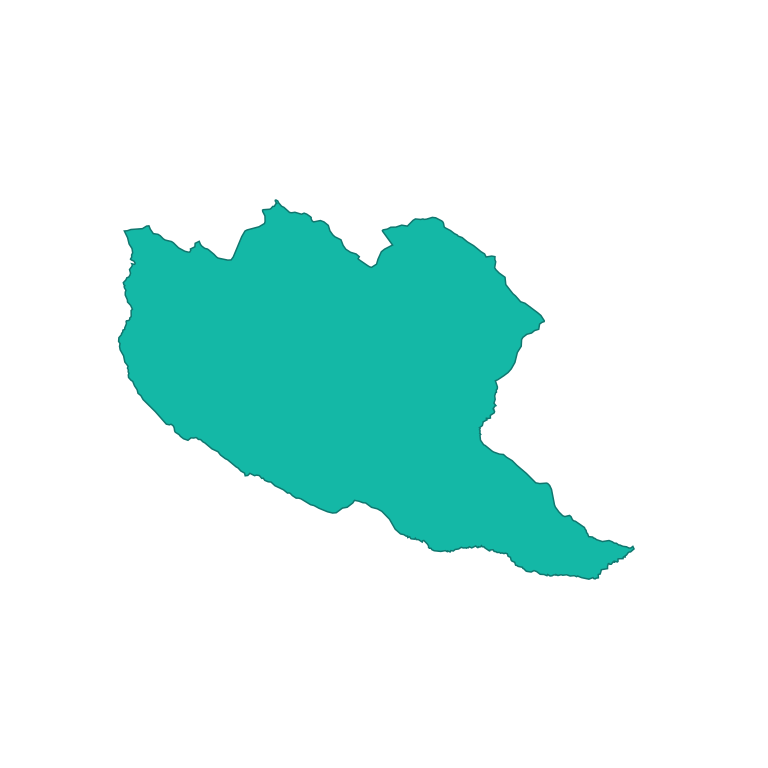 Tuek Phos, Kâmpóng Chhnang, Cambodia, rotated 309°
{"feature_id": "14789045B78465140350357", "entity_name": "Tuek Phos", "entity_type": "district", "adm_level": 2, "iso_a3": "KHM", "parent_name": "Cambodia", "parent_adm1": "Kâmpóng Chhnang", "projection": "equal_earth", "projection_center": [104.364, 12.056], "detail": "fine", "context": "isolated", "style": "filled", "palette": "teal", "viewbox_px": 768, "rotation_deg": 309, "n_neighbors": 0, "source": "geoboundaries", "source_scale": "gbopen_adm2", "svg_char_len": 6164}
<svg xmlns="http://www.w3.org/2000/svg" viewBox="0 0 768 768"><g transform="rotate(309 384 384)"><path d="M339.5,85.9L336.3,92.7L332.4,97.8L330.7,102.9L327.7,106.2L325.5,106.6L323.8,108.1L321.5,108.4L321.4,109.5L322.1,112.3L321.4,114.4L320.6,114.9L319.8,114.6L318.7,112.3L318.2,113.5L316.5,114.1L312.8,114.2L310.6,117.3L308.6,118.1L306.3,118.3L304.8,117.3L302.4,117.9L298.7,117.6L297.4,119.5L297.3,120.7L296.1,120.8L295.4,121.8L294.4,124.5L292.6,125.1L290.3,126.9L287.9,131.6L286.3,133.1L285.7,137.5L283.8,141.4L282.0,141.2L277.3,145.1L275.2,144.9L274.3,145.7L272.8,145.7L271.0,144.1L270.4,144.2L268.7,145.9L264.4,147.2L263.2,148.1L261.6,147.2L259.8,148.3L258.2,148.2L257.1,148.9L253.2,148.8L250.1,150.9L249.3,153.4L246.8,154.8L244.5,157.5L242.0,163.9L238.0,168.7L236.7,174.0L234.9,174.6L234.2,176.3L232.4,177.6L231.8,179.0L230.1,179.6L228.3,181.4L227.7,184.9L227.9,187.1L225.6,191.2L224.2,195.7L221.9,198.8L222.0,202.3L220.3,206.6L218.6,223.7L215.8,240.1L217.2,242.9L218.7,243.8L218.9,246.3L218.0,248.4L215.8,250.8L215.2,252.1L215.7,256.8L215.2,258.7L215.3,262.7L216.9,267.1L220.7,267.9L222.3,270.2L223.6,271.1L224.3,272.1L224.1,274.6L225.4,276.4L225.1,279.6L225.5,281.9L225.3,291.1L226.9,297.6L225.9,301.6L226.1,307.8L226.7,309.9L226.5,321.2L226.9,323.3L226.3,327.5L227.0,331.7L225.3,333.9L227.2,335.7L230.2,336.0L231.3,341.1L233.0,342.3L234.4,344.8L233.7,348.4L234.8,349.4L234.1,352.0L235.1,355.5L236.7,357.9L236.3,363.3L238.5,372.4L238.5,377.6L239.8,379.0L240.0,380.2L239.6,383.0L240.0,387.5L241.6,389.5L242.5,391.7L244.0,402.9L245.5,406.1L246.5,411.6L249.1,420.4L251.4,425.3L253.9,427.9L261.4,429.8L265.1,433.0L271.9,434.6L275.0,434.3L277.1,438.2L278.5,442.4L280.0,444.5L280.3,451.9L282.8,457.4L283.7,462.4L282.4,473.3L278.2,484.1L277.9,491.2L279.4,494.2L279.7,497.0L280.6,498.0L279.6,499.1L281.4,500.1L280.7,502.1L281.0,502.9L282.7,505.5L283.8,505.4L283.4,507.0L284.8,508.8L285.2,513.2L286.7,512.8L287.5,513.5L286.9,518.5L286.2,520.5L285.1,521.4L284.9,522.6L285.9,523.9L285.4,525.5L286.0,527.9L289.6,533.5L293.1,536.5L293.5,538.6L294.2,538.4L295.1,541.1L296.6,540.8L297.9,543.0L300.1,543.4L302.8,545.8L305.7,546.8L306.4,548.7L308.1,550.6L308.2,551.3L309.2,551.7L309.7,552.6L311.2,552.7L311.8,555.3L315.8,557.2L315.7,559.6L316.2,560.1L317.0,559.8L317.6,561.1L318.4,561.5L319.7,561.5L319.3,562.8L320.4,564.2L320.1,565.1L320.6,570.8L320.8,571.2L321.7,570.9L323.8,573.0L323.2,574.9L324.3,577.0L324.2,577.9L325.7,579.6L325.9,581.2L327.0,582.0L327.7,584.0L328.8,584.6L329.7,586.6L328.2,588.9L328.9,591.3L327.2,593.5L326.9,594.8L327.7,597.8L326.0,600.3L326.7,601.8L326.6,602.9L328.7,607.0L328.1,607.9L328.4,609.4L328.0,611.7L328.3,613.0L330.5,616.7L333.4,618.0L334.3,620.7L334.4,625.1L336.7,628.3L337.6,631.3L339.0,631.1L339.3,633.9L340.7,635.3L342.6,636.1L343.7,637.9L344.2,637.6L344.6,639.7L347.2,641.6L347.9,643.3L350.7,646.0L351.9,649.5L354.8,652.5L355.5,655.0L356.6,655.3L357.8,659.3L361.3,666.1L365.0,668.2L364.8,669.6L365.5,670.8L366.5,671.0L368.3,672.6L370.8,670.4L372.4,671.6L376.5,669.8L381.2,673.9L383.2,672.3L385.6,671.4L386.1,671.8L386.0,673.0L387.1,674.1L389.7,674.0L390.5,675.2L391.2,674.5L392.6,677.4L393.4,677.5L395.2,676.0L395.7,676.2L398.7,679.7L399.8,679.0L400.5,679.1L401.2,680.3L402.4,679.5L403.7,680.1L406.3,679.9L407.8,680.3L408.7,681.3L413.2,682.1L414.4,679.6L411.9,679.0L410.7,677.7L410.1,674.9L408.2,671.8L407.3,668.6L406.6,667.8L406.5,664.9L405.3,663.2L405.0,660.6L404.0,657.4L399.0,652.9L396.8,647.2L396.7,644.7L396.1,643.9L396.4,642.5L394.2,639.1L395.8,636.4L396.0,635.0L397.5,633.1L397.7,631.8L398.6,630.1L397.8,619.2L397.1,617.6L397.1,615.9L398.6,612.8L398.6,610.9L394.8,608.0L394.1,605.8L394.6,600.6L396.2,594.6L397.4,592.5L407.5,580.5L409.4,576.6L409.7,573.8L409.2,572.6L404.6,567.7L402.7,564.1L404.1,551.0L404.4,538.5L405.1,531.9L404.2,525.3L404.4,521.2L402.2,517.9L400.1,511.9L399.9,510.1L399.9,501.4L399.5,499.6L401.1,494.3L404.6,490.8L405.7,490.9L405.9,489.5L406.3,489.6L407.1,488.5L408.0,488.3L408.5,487.0L409.8,486.8L410.0,485.7L413.6,486.6L417.0,484.9L421.0,486.6L421.2,485.5L421.8,485.1L423.0,486.9L424.5,488.1L426.5,486.4L431.0,487.8L432.4,487.1L432.9,485.2L433.5,485.3L433.7,484.3L436.7,484.1L437.6,484.6L438.3,481.5L442.0,480.1L444.4,477.5L447.6,476.2L448.3,476.6L450.1,475.0L451.5,475.1L453.1,474.0L456.6,468.5L458.8,469.7L465.8,471.9L471.0,473.2L475.8,473.4L483.1,472.2L492.4,467.8L499.7,466.9L505.1,463.0L507.6,462.6L512.5,463.7L516.5,466.6L520.3,467.4L523.9,469.8L528.5,467.2L531.4,468.0L533.3,469.2L534.0,468.8L536.0,462.8L536.1,458.9L535.5,442.8L533.9,438.4L535.2,430.8L535.3,427.3L537.9,416.1L543.1,410.9L542.7,403.7L543.2,399.2L544.0,396.8L549.3,393.9L550.5,391.8L552.8,390.1L551.2,387.2L547.0,383.4L548.4,380.3L547.9,376.2L547.9,366.6L546.9,359.4L547.0,352.6L545.6,348.6L545.9,347.1L545.2,344.1L545.1,339.2L543.9,333.3L543.9,332.0L546.4,329.0L547.1,327.3L547.0,325.9L545.7,319.6L543.9,316.7L538.7,313.2L537.1,311.5L536.8,310.4L535.0,309.0L532.0,304.5L529.5,303.6L521.4,302.8L518.6,297.8L513.4,294.5L510.1,290.6L506.5,289.1L503.2,286.3L502.2,286.2L501.8,286.8L497.4,303.2L489.2,299.6L485.1,298.7L477.2,300.8L472.4,302.8L466.8,300.9L466.0,299.1L465.7,296.8L464.9,286.5L465.0,285.0L467.4,284.7L467.5,280.5L465.3,275.1L464.7,269.5L466.0,265.0L469.0,259.8L467.5,253.2L467.7,250.3L469.0,245.6L472.2,240.9L472.2,235.3L471.0,231.7L465.7,227.3L465.5,225.8L465.9,224.6L466.8,223.1L467.6,222.6L467.7,221.7L467.4,217.1L466.5,214.4L464.0,213.0L461.4,206.7L459.0,204.5L457.9,202.7L458.3,195.1L457.7,192.5L458.5,188.2L459.4,186.2L459.0,184.2L458.3,183.9L457.5,184.8L456.8,187.0L455.9,186.5L453.1,187.0L452.0,185.8L449.1,185.7L447.9,185.2L443.4,180.4L442.7,180.2L441.7,181.2L439.7,185.7L435.5,189.3L433.5,190.1L427.5,187.9L417.5,180.6L415.4,179.7L409.0,180.7L387.9,186.9L384.2,187.1L382.0,184.7L377.5,175.9L377.3,174.0L377.8,170.2L377.9,163.4L377.8,161.9L376.6,159.3L376.5,155.6L377.0,153.5L378.6,150.6L374.5,148.7L371.6,150.7L367.1,148.6L366.3,149.7L364.2,150.0L363.3,148.9L361.8,145.6L360.5,138.6L361.2,131.6L361.0,129.3L358.2,123.4L357.9,121.2L358.4,116.8L358.1,114.2L355.7,110.1L357.2,105.0L359.0,101.8L357.3,100.1L352.7,98.5L344.8,90.1L341.5,88.0L339.5,85.9Z" fill="#14b8a6" stroke="#0f766e" stroke-width="1.5"/></g></svg>